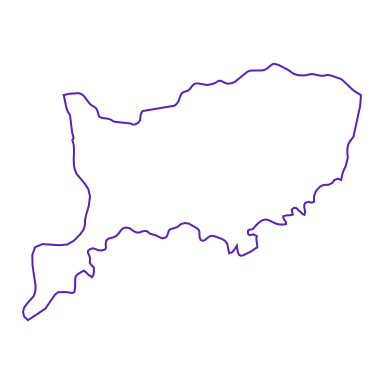 the border of Río Negro
{"feature_id": "URY-9", "entity_name": "Río Negro", "entity_type": "Department", "adm_level": 1, "iso_a3": "URY", "parent_name": "Uruguay", "parent_adm1": "", "projection": "equal_earth", "projection_center": [-57.526, -32.894], "detail": "fine", "context": "isolated", "style": "outline", "palette": "violet", "viewbox_px": 384, "rotation_deg": 0, "n_neighbors": 0, "source": "natural_earth", "source_scale": "10m", "svg_char_len": 3462}
<svg xmlns="http://www.w3.org/2000/svg" viewBox="0 0 384 384"><path d="M28.0,320.2L24.2,316.6L23.0,311.9L24.2,307.5L27.0,303.6L33.5,296.4L35.3,291.6L35.6,286.1L32.5,265.1L32.3,254.9L35.1,247.2L42.5,244.1L59.4,245.2L67.2,244.5L73.8,240.8L80.7,233.7L83.6,229.3L84.9,225.2L85.1,219.6L86.0,215.3L88.7,206.2L90.0,196.5L88.4,189.3L84.7,183.5L76.8,174.2L75.0,170.2L74.0,165.7L73.7,160.7L74.0,149.8L73.6,144.3L72.3,140.1L73.6,138.2L72.1,132.0L70.0,115.1L67.8,111.7L66.4,107.8L63.7,95.0L63.8,95.0L69.1,93.8L78.4,93.2L79.9,93.5L82.0,94.5L83.1,95.4L84.0,96.2L84.6,96.9L84.6,97.0L89.5,103.5L90.3,104.3L91.2,105.0L95.2,107.5L96.0,108.3L96.6,109.2L97.6,111.4L98.7,115.5L98.9,116.1L99.4,116.8L100.9,117.5L103.1,118.1L107.4,118.6L111.2,119.8L113.0,121.2L115.2,121.8L131.2,123.6L132.1,124.3L133.5,124.6L135.1,124.4L137.9,123.0L139.1,121.6L140.0,120.3L140.6,115.5L140.9,114.0L141.4,112.8L142.0,111.8L142.8,111.0L174.5,105.7L176.2,104.3L177.0,103.4L178.3,101.5L178.8,100.4L180.0,96.9L180.1,96.7L180.3,96.2L181.1,94.3L181.8,93.4L182.6,92.6L183.6,92.1L187.9,90.6L188.8,90.1L190.5,88.2L191.0,87.4L192.5,85.7L194.1,84.2L195.1,83.6L196.9,83.4L199.3,83.6L205.9,84.8L207.6,85.0L212.3,84.0L215.5,82.8L218.3,81.0L219.5,80.7L221.1,80.9L225.0,82.9L226.7,83.5L228.6,83.7L231.8,83.1L233.6,82.5L235.0,81.8L246.9,72.1L248.9,71.0L250.6,70.6L262.1,70.4L264.5,69.9L265.5,69.4L267.3,68.3L270.8,65.4L272.6,64.2L273.5,63.8L275.5,64.1L278.3,64.8L288.2,70.0L294.0,74.0L298.4,75.2L302.4,75.4L306.4,75.2L311.0,74.0L312.9,74.1L320.0,75.6L322.3,75.8L324.1,75.7L326.4,75.1L327.7,75.0L330.8,75.5L340.8,78.9L342.7,80.3L352.7,89.8L355.1,91.6L361.0,95.1L360.1,106.2L354.2,133.2L353.5,136.7L349.8,141.5L348.0,145.1L347.3,149.6L347.3,152.6L347.8,157.4L345.9,165.5L342.7,172.8L341.1,180.0L337.7,178.7L334.4,180.0L332.3,182.9L328.7,184.7L323.3,185.0L320.1,186.6L317.7,189.1L316.0,191.0L314.0,196.3L314.0,197.9L314.1,201.8L311.7,202.6L308.3,201.9L305.2,202.9L304.2,205.1L304.3,207.5L305.2,212.0L304.4,214.8L302.7,214.2L299.7,211.1L298.7,210.5L297.5,209.1L295.9,207.9L294.0,207.8L291.9,209.5L291.9,211.6L292.6,213.5L292.8,214.6L290.2,215.2L286.2,215.4L283.2,216.3L283.5,218.6L286.1,222.3L286.1,224.0L283.8,224.5L279.7,224.5L276.1,223.7L268.7,220.2L265.4,219.4L262.2,220.3L258.9,222.6L255.9,225.5L253.5,228.4L252.1,229.3L248.9,229.8L248.0,230.9L247.9,233.6L249.2,235.0L251.1,235.1L252.8,234.2L256.8,236.0L256.3,238.9L257.3,246.1L257.3,247.5L255.7,248.2L251.2,251.4L243.0,255.4L241.0,255.8L238.9,254.7L237.9,252.2L236.8,245.7L235.0,248.8L232.0,252.4L229.2,253.3L227.2,243.8L225.1,240.9L221.9,239.0L214.5,236.2L212.6,235.8L210.6,236.0L208.4,237.1L204.7,240.2L202.6,240.8L200.6,239.8L199.7,237.4L199.4,234.4L199.4,231.7L198.7,229.9L197.1,228.4L189.1,223.7L185.0,223.0L181.2,224.0L177.7,226.7L176.3,227.4L170.2,229.3L169.0,230.4L167.2,235.6L165.8,237.5L162.3,238.4L155.4,235.2L149.9,233.7L147.3,231.4L145.3,230.9L143.1,231.2L139.3,232.5L137.1,232.6L134.3,231.5L129.2,228.0L126.0,227.5L122.7,228.5L120.6,230.7L118.7,233.4L116.1,236.0L113.4,237.3L108.0,238.8L106.2,240.8L105.6,244.5L106.0,247.4L105.2,249.4L101.2,250.5L98.1,250.1L95.4,249.0L92.8,248.3L89.9,249.2L88.0,250.9L87.9,252.6L89.9,257.4L90.0,259.1L89.8,261.2L89.9,263.1L90.9,264.4L93.2,266.9L93.8,267.3L94.0,271.3L93.3,275.3L91.8,277.3L89.9,275.5L89.0,275.4L85.9,272.1L83.7,270.6L77.6,274.3L75.7,276.4L75.2,278.9L75.1,287.9L74.3,292.0L72.2,293.1L67.1,292.1L58.4,292.1L55.1,294.5L45.3,308.7L28.1,320.1L28.0,320.2Z" fill="none" stroke="#5b21b6" stroke-width="2"/></svg>